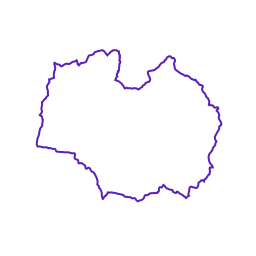 Athang, Wangdi Phodrang, Bhutan (Equal Earth projection), rotated 343°
{"feature_id": "84629894B35951750591258", "entity_name": "Athang", "entity_type": "district", "adm_level": 2, "iso_a3": "BTN", "parent_name": "Bhutan", "parent_adm1": "Wangdi Phodrang", "projection": "equal_earth", "projection_center": [90.199, 27.286], "detail": "fine", "context": "isolated", "style": "outline", "palette": "violet", "viewbox_px": 256, "rotation_deg": 343, "n_neighbors": 0, "source": "geoboundaries", "source_scale": "gbopen_adm2", "svg_char_len": 5738}
<svg xmlns="http://www.w3.org/2000/svg" viewBox="0 0 256 256"><g transform="rotate(343 128 128)"><path d="M123.3,45.9L121.4,45.7L118.2,45.8L116.8,47.2L115.2,47.5L111.8,47.3L111.2,47.8L107.4,52.3L106.9,52.7L105.8,52.7L104.7,52.5L103.9,52.5L103.5,52.6L103.0,52.6L102.3,52.1L101.8,52.1L100.5,53.1L99.4,53.7L99.2,52.9L98.6,52.5L98.5,52.3L98.8,51.8L98.6,50.9L98.9,50.1L98.6,48.2L96.7,48.8L95.3,48.6L94.0,48.7L90.5,49.7L88.3,48.6L87.1,48.5L84.9,48.8L83.7,49.5L82.0,49.5L81.5,48.6L81.3,47.8L80.6,47.1L79.1,46.6L76.9,44.1L76.4,44.5L76.2,45.7L76.2,47.3L76.0,49.0L75.3,51.1L74.3,51.8L72.5,55.6L72.0,58.3L70.3,58.5L69.3,58.3L67.6,58.8L66.8,58.4L66.5,59.0L66.6,59.6L66.4,60.6L66.0,61.6L65.5,61.7L62.9,64.0L62.4,65.0L62.2,67.5L62.3,69.0L62.0,70.1L61.4,71.2L61.4,72.2L61.2,73.3L60.8,73.7L60.0,74.0L59.1,74.4L58.1,75.7L56.5,76.1L55.9,76.4L54.8,77.5L53.4,78.1L53.1,78.6L52.9,80.1L50.8,84.2L50.7,85.1L50.5,87.4L48.8,89.0L48.0,89.6L47.6,89.6L47.4,89.8L47.9,90.7L48.6,91.2L48.9,91.5L49.0,92.0L48.8,94.0L48.8,94.4L49.0,94.9L49.0,95.4L48.3,96.5L47.8,98.0L47.0,99.3L46.8,100.0L46.8,100.5L45.6,101.6L44.5,102.3L43.7,103.0L42.7,104.9L42.0,105.8L41.2,108.0L40.2,109.2L39.7,110.1L38.7,111.1L38.0,112.5L36.5,115.4L36.3,116.2L35.9,116.9L36.1,119.2L37.7,119.7L41.8,121.9L44.5,122.6L46.2,124.2L47.3,124.2L49.9,125.9L51.4,126.4L52.2,126.9L52.3,128.0L52.7,129.5L53.5,130.0L61.4,133.1L63.7,133.7L66.6,135.6L68.1,136.2L69.1,136.3L69.5,136.7L69.7,137.6L69.5,138.2L68.2,140.5L68.3,141.4L68.6,142.3L70.7,143.9L70.8,144.4L70.7,145.7L70.4,146.7L70.5,147.2L70.9,147.5L73.1,147.9L73.7,148.4L74.9,150.0L75.8,151.0L76.0,151.4L76.0,151.9L75.8,153.4L75.8,154.0L75.8,154.3L76.1,154.6L76.8,154.9L78.2,154.4L78.8,154.5L79.4,154.9L79.8,155.8L80.3,158.6L80.7,159.1L81.9,160.0L82.3,160.9L82.8,162.5L83.4,166.4L83.4,169.8L83.3,170.4L82.2,172.8L82.2,173.2L82.5,174.0L83.0,174.7L83.1,175.4L82.8,176.9L83.5,177.8L83.7,178.3L84.0,181.6L83.9,182.6L83.5,183.8L83.2,185.3L83.1,188.4L83.3,188.5L84.0,188.0L85.0,187.0L85.8,186.5L86.6,186.4L86.9,186.2L87.2,185.8L88.1,185.7L89.2,184.4L89.7,184.1L89.9,183.7L91.1,184.4L92.7,184.5L97.3,186.7L99.1,188.0L100.3,188.5L101.2,189.1L103.3,190.3L103.9,190.7L104.3,191.8L104.9,192.7L105.6,193.1L106.7,193.3L107.0,193.8L109.7,194.7L110.3,195.1L111.4,196.5L113.9,197.0L114.3,197.7L114.5,198.5L115.2,200.1L115.9,200.9L116.3,201.0L118.0,200.7L119.7,200.8L120.7,200.7L121.6,200.3L122.6,199.7L123.9,198.0L124.7,197.3L125.4,197.3L126.6,197.8L128.0,197.8L128.9,197.1L129.7,197.0L130.4,197.2L130.9,197.1L132.7,197.6L133.9,197.6L134.4,198.1L136.6,198.4L137.2,198.7L137.7,197.9L138.3,197.9L138.9,197.6L139.8,195.4L140.6,194.1L141.2,193.9L142.6,194.6L143.1,194.6L144.4,193.4L145.3,192.8L146.0,194.0L146.6,195.6L147.4,197.0L149.7,198.9L152.4,200.3L152.3,201.2L152.5,202.4L154.0,203.7L154.8,204.2L155.2,204.2L156.1,203.2L156.6,203.3L157.5,204.3L158.1,205.6L160.6,208.0L161.0,209.0L162.1,210.1L162.9,211.9L164.4,211.3L165.5,210.7L166.4,210.7L166.2,209.6L166.6,208.6L167.6,206.8L168.2,206.1L168.3,205.5L168.9,203.9L170.2,202.6L170.7,202.4L171.8,202.8L173.1,204.0L173.8,204.1L175.2,205.2L176.7,205.3L178.4,203.4L179.5,200.9L181.7,200.2L182.6,199.5L183.2,199.5L184.3,199.9L185.1,201.3L186.1,199.7L187.4,199.1L187.8,199.1L190.1,197.2L191.4,196.3L192.5,196.1L192.8,194.9L193.7,193.7L194.1,190.9L194.7,189.8L197.5,190.5L197.6,189.1L196.1,185.3L196.0,183.4L196.2,180.8L196.8,178.7L198.2,176.6L201.0,174.8L202.6,173.2L203.2,172.2L204.5,171.0L205.4,170.6L206.6,169.4L207.4,167.8L208.7,166.6L208.2,165.7L208.1,164.6L208.1,163.3L208.4,161.9L212.9,157.3L213.9,156.7L214.9,155.4L215.3,154.7L215.4,154.0L215.7,153.3L216.3,152.9L217.7,152.5L218.6,151.0L218.5,149.3L218.2,147.9L217.7,146.3L217.8,144.8L218.2,143.5L219.0,142.8L219.1,142.0L218.8,139.5L218.4,138.4L217.8,137.5L217.8,137.2L218.1,136.8L219.7,136.2L220.1,135.8L220.1,134.9L219.8,134.5L218.9,134.2L217.4,134.1L217.0,133.9L216.3,133.2L216.0,131.8L215.6,131.2L215.1,130.9L212.4,129.9L212.1,129.4L212.3,128.8L212.9,128.3L213.6,125.6L213.3,124.8L213.2,123.1L212.2,121.5L211.9,120.7L211.8,118.7L211.6,117.3L210.3,115.2L210.1,113.3L210.2,112.4L210.4,111.9L210.7,111.5L211.6,110.6L211.8,110.1L211.7,109.5L211.4,109.1L210.6,108.4L208.7,107.3L208.5,106.8L208.3,105.1L207.1,103.6L206.9,102.2L206.6,101.5L206.3,101.4L205.7,101.6L205.2,101.5L204.1,100.3L203.0,99.6L201.5,96.8L200.0,95.3L199.2,94.8L198.9,94.9L198.5,95.2L198.1,95.1L195.9,92.5L194.5,91.4L190.8,86.5L190.4,85.8L190.3,84.6L190.7,80.1L191.5,78.7L192.5,77.9L192.8,77.1L192.8,76.5L192.3,74.5L191.9,74.2L190.9,74.2L190.4,74.0L190.3,73.8L190.2,73.0L189.6,72.0L189.2,71.7L188.0,71.7L187.7,71.4L186.3,71.9L185.4,72.5L184.2,73.8L182.9,73.9L182.7,74.3L181.8,75.4L179.1,75.7L176.9,77.0L175.5,78.3L174.7,78.7L172.8,79.2L171.1,80.0L169.6,80.3L164.9,79.7L163.8,79.9L163.4,80.3L162.9,82.1L163.5,86.7L163.5,87.8L163.2,88.5L162.0,89.8L161.7,90.0L161.0,89.7L159.5,90.0L158.0,90.1L157.5,90.8L156.8,91.4L155.4,91.5L154.3,92.0L153.7,92.9L151.8,93.2L151.1,93.7L149.0,94.2L148.2,93.0L147.7,92.6L146.0,92.0L145.5,91.6L143.6,91.6L142.7,91.2L141.4,90.4L139.4,89.9L138.6,89.1L136.5,89.3L135.7,86.0L134.9,83.8L132.9,80.8L131.8,79.8L130.7,79.3L129.9,78.3L130.6,77.7L131.4,76.4L132.9,75.5L132.7,74.3L133.0,73.8L133.2,73.0L134.0,72.5L135.0,71.7L134.8,71.2L134.9,70.6L135.2,70.5L135.8,70.6L136.2,70.2L136.7,68.8L136.8,68.0L137.2,67.3L137.8,66.5L138.0,65.7L138.2,65.4L138.3,64.3L138.8,63.8L139.5,63.5L139.9,62.8L140.0,61.6L139.5,61.3L139.5,60.8L140.4,58.8L140.8,58.7L141.1,57.8L140.9,56.9L141.5,56.4L141.5,55.6L141.1,55.2L141.1,54.8L141.7,52.1L140.6,51.6L139.9,50.5L139.6,50.3L137.9,49.6L136.1,49.4L135.8,49.7L135.3,49.6L134.7,49.9L133.5,50.1L132.8,50.8L130.7,51.7L129.5,52.5L128.9,51.2L128.2,48.9L127.5,47.5L126.7,46.5L126.2,46.1L125.7,46.0L123.3,45.9Z" fill="none" stroke="#5b21b6" stroke-width="2"/></g></svg>